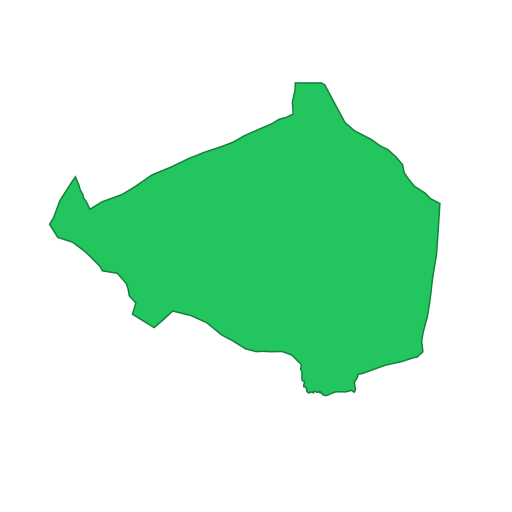 Gwer West, Benue, Nigeria (orthographic projection), rotated 75°
{"feature_id": "59680162B25446485561557", "entity_name": "Gwer West", "entity_type": "district", "adm_level": 2, "iso_a3": "NGA", "parent_name": "Nigeria", "parent_adm1": "Benue", "projection": "orthographic", "projection_center": [8.277, 7.602], "detail": "fine", "context": "isolated", "style": "filled", "palette": "green", "viewbox_px": 512, "rotation_deg": 75, "n_neighbors": 0, "source": "geoboundaries", "source_scale": "gbopen_adm2", "svg_char_len": 2039}
<svg xmlns="http://www.w3.org/2000/svg" viewBox="0 0 512 512"><g transform="rotate(75 256 256)"><path d="M99.0,173.3L105.5,175.2L117.0,181.1L128.5,183.3L130.0,191.3L129.9,198.2L132.6,207.5L133.7,216.2L136.8,236.0L140.0,248.1L141.3,260.2L141.9,269.8L142.5,279.7L144.5,296.1L146.7,307.7L148.0,314.3L149.8,328.4L150.8,335.6L157.6,354.7L161.9,369.2L163.8,390.5L167.8,404.3L159.0,406.0L155.9,407.4L151.2,407.5L146.5,408.7L142.1,408.7L132.8,409.9L137.2,415.2L151.7,431.0L166.7,441.7L171.9,447.2L186.8,442.6L195.2,429.6L207.3,420.1L212.7,416.8L226.0,409.2L230.5,408.3L236.8,394.4L249.0,388.4L255.1,388.1L261.7,388.7L270.3,384.2L280.3,390.4L298.8,372.9L294.2,363.3L287.6,350.8L296.5,334.5L307.6,320.9L323.6,309.4L331.7,300.6L333.9,298.6L342.9,290.2L348.4,280.6L350.0,273.4L352.2,266.8L355.0,255.5L361.1,246.9L372.7,240.3L376.9,242.2L380.0,241.6L385.5,243.2L388.2,243.5L389.7,241.9L390.7,241.9L391.8,242.6L393.4,243.5L394.7,243.6L395.1,242.1L398.6,241.5L399.3,241.9L400.4,241.9L401.2,241.1L402.1,240.4L401.8,239.6L401.7,237.9L401.7,236.8L402.4,236.9L402.8,236.2L403.1,235.7L402.0,235.2L401.8,234.3L402.4,233.7L403.5,232.3L403.7,231.3L403.2,230.4L403.6,229.4L404.3,229.6L404.2,229.1L404.8,229.1L404.7,228.6L405.0,228.3L405.4,228.3L405.6,227.8L406.8,227.5L407.7,227.0L407.8,226.4L408.2,226.0L408.5,225.4L408.9,225.1L408.9,224.2L409.0,222.7L408.3,219.0L407.8,214.0L409.5,207.8L410.2,205.7L410.6,202.3L410.5,199.0L410.2,198.6L413.0,196.6L412.3,195.7L411.0,194.6L409.1,194.1L408.2,194.5L406.1,194.0L405.0,193.8L403.1,193.9L402.9,193.2L402.0,192.2L401.3,191.2L401.0,191.0L399.3,189.4L398.9,189.0L398.6,188.9L397.7,188.6L396.8,188.3L397.0,183.0L394.9,159.3L395.7,142.6L395.0,130.7L395.4,126.7L391.7,119.6L380.9,118.0L372.8,114.2L359.1,106.2L345.4,100.1L336.9,96.6L323.4,91.3L301.4,81.3L282.5,74.8L271.6,71.1L252.9,64.8L245.8,72.6L239.0,76.4L229.6,85.0L219.6,89.4L213.7,91.3L205.6,90.8L196.5,95.2L187.6,100.9L181.5,107.8L173.4,114.3L160.6,128.4L150.2,135.5L108.5,145.3L105.8,148.0L99.0,173.3Z" fill="#22c55e" stroke="#15803d" stroke-width="1.5"/></g></svg>